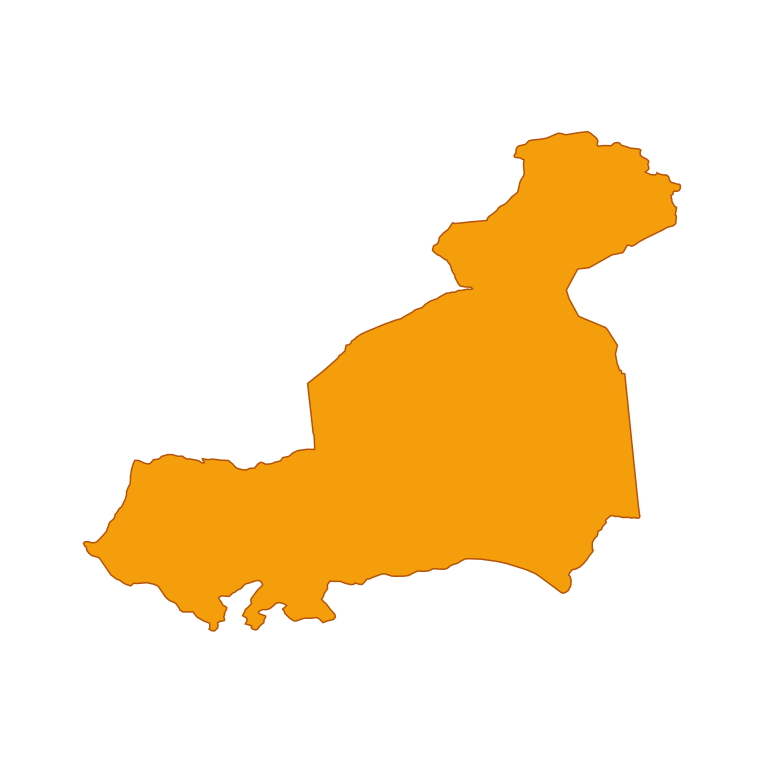 Samburu West, Rift Valley, Kenya (Natural Earth projection), rotated 264°
{"feature_id": "3690345B66699120795125", "entity_name": "Samburu West", "entity_type": "district", "adm_level": 2, "iso_a3": "KEN", "parent_name": "Kenya", "parent_adm1": "Rift Valley", "projection": "natural_earth1", "projection_center": [36.61, 1.09], "detail": "fine", "context": "isolated", "style": "filled", "palette": "amber", "viewbox_px": 768, "rotation_deg": 264, "n_neighbors": 0, "source": "geoboundaries", "source_scale": "gbopen_adm2", "svg_char_len": 6151}
<svg xmlns="http://www.w3.org/2000/svg" viewBox="0 0 768 768"><g transform="rotate(264 384 384)"><path d="M565.6,677.7L564.7,677.4L563.5,675.4L564.3,671.4L566.4,667.5L567.6,666.0L569.2,668.8L570.4,669.9L572.4,669.9L574.1,669.4L575.6,669.6L577.5,670.6L578.7,670.1L580.1,668.8L582.9,664.4L585.2,662.7L587.9,663.0L589.8,663.9L591.1,662.0L592.9,653.4L594.3,650.7L596.0,646.4L597.1,644.6L599.1,643.4L599.8,640.8L599.5,638.0L597.2,635.0L598.2,627.3L598.1,622.7L598.9,621.0L600.7,621.1L603.0,622.1L605.5,621.4L607.5,619.9L612.0,615.4L613.7,612.9L613.6,603.7L612.9,592.4L613.0,590.0L614.3,587.3L615.1,584.4L614.9,582.4L611.5,571.5L611.1,565.7L611.1,555.7L610.5,553.2L607.5,549.7L606.8,543.5L606.2,541.8L603.9,540.0L600.2,539.4L598.6,538.0L596.9,537.2L595.6,538.2L594.6,543.2L593.0,545.1L592.3,546.9L588.4,545.7L579.3,545.5L576.9,544.9L572.3,541.3L570.0,540.1L562.0,537.5L560.4,536.5L557.0,531.0L551.8,525.3L550.0,522.6L548.7,518.6L547.4,516.5L545.1,514.6L543.8,512.9L541.6,509.6L539.7,505.8L537.6,504.0L535.9,503.5L536.2,486.5L536.1,471.9L537.1,469.1L534.9,467.1L533.2,465.9L530.8,463.6L528.0,459.0L523.9,454.4L520.3,453.3L517.8,451.7L516.3,447.9L513.8,446.7L511.8,446.2L509.5,448.0L507.0,450.6L505.5,453.3L501.8,457.2L500.6,459.5L498.8,460.2L495.1,462.5L490.3,463.3L488.2,464.0L485.1,465.6L482.0,465.9L475.8,468.4L473.5,470.0L472.1,474.7L471.1,480.8L469.5,482.0L469.0,480.0L469.6,476.9L469.0,470.7L469.3,468.0L467.8,463.7L468.3,461.5L467.7,458.5L467.8,455.6L464.7,448.2L463.3,445.8L461.6,438.8L459.0,433.5L455.9,429.7L454.8,424.0L454.1,422.0L452.6,419.9L448.3,409.9L447.2,408.0L446.1,401.4L443.7,391.6L437.7,371.5L435.8,366.1L433.2,361.3L431.9,359.9L430.0,356.2L427.9,355.1L426.6,353.1L426.6,350.4L420.9,348.6L417.9,344.5L417.2,342.7L414.6,340.9L403.2,324.9L392.5,308.1L342.8,308.4L339.9,309.1L326.2,308.3L327.1,300.7L326.8,291.6L326.2,289.3L324.3,284.9L322.7,283.2L321.9,281.2L321.4,275.7L318.3,272.9L317.6,267.2L316.7,264.9L316.4,261.6L316.6,257.9L318.3,255.3L319.1,253.3L317.8,250.4L314.0,246.5L313.9,244.5L314.2,241.7L312.9,238.0L313.6,233.9L315.0,230.4L316.4,227.9L320.4,225.0L324.2,221.2L325.3,213.7L326.8,207.7L327.4,204.3L327.0,201.5L328.7,195.6L327.0,195.9L325.9,196.8L324.5,197.2L324.4,195.0L326.6,192.3L327.6,190.2L329.8,183.0L329.9,180.3L331.5,177.9L333.3,176.0L333.7,171.4L335.9,166.1L336.4,161.3L335.2,155.1L333.8,153.6L332.9,151.8L332.8,146.7L329.4,143.3L329.2,140.4L330.2,137.9L333.6,132.0L334.1,128.3L331.1,126.4L325.9,124.2L319.1,122.3L311.4,121.2L309.1,119.5L303.9,116.7L300.6,116.3L296.3,114.6L289.2,110.1L287.8,107.7L283.8,104.7L282.6,103.0L280.1,102.4L278.1,101.1L275.4,97.2L273.7,95.8L271.6,95.2L269.2,93.7L266.6,92.8L260.1,85.7L256.8,81.4L256.4,77.8L258.3,72.4L258.3,70.1L257.1,68.5L254.5,69.3L252.7,70.9L249.7,71.0L246.7,72.7L243.7,75.8L241.9,80.7L240.6,82.8L222.7,92.5L218.0,97.5L216.3,100.9L213.6,103.7L211.9,106.2L209.7,110.9L212.0,114.3L211.4,117.8L211.2,127.3L209.3,133.2L206.9,138.0L195.5,144.2L193.9,145.4L191.6,147.5L188.2,153.2L187.1,154.3L182.3,157.0L180.7,157.3L178.4,159.9L177.3,170.2L172.3,173.3L171.0,174.6L167.3,179.8L164.4,185.4L162.1,185.6L159.8,185.1L158.5,184.4L156.6,186.9L156.2,189.8L158.8,193.1L161.5,193.8L163.7,193.4L164.2,194.0L165.1,196.6L165.4,200.3L166.0,200.8L169.6,200.4L171.6,201.6L172.8,201.3L176.6,204.0L178.4,204.1L181.1,200.5L183.5,199.7L188.0,197.3L188.7,197.2L190.2,199.8L190.1,201.5L189.0,207.4L189.1,208.1L191.8,211.5L192.6,214.1L194.5,216.8L195.1,219.6L196.5,221.6L198.7,223.8L199.6,225.3L200.5,230.8L201.5,234.9L201.8,237.5L201.6,239.0L200.0,241.2L197.4,242.3L195.6,241.0L192.3,236.7L184.4,229.5L183.1,228.9L179.5,229.3L175.9,225.1L174.2,222.6L172.4,221.8L168.4,219.1L165.8,222.8L165.2,223.0L163.1,223.1L159.9,221.0L157.5,226.9L155.2,226.6L154.0,227.8L152.9,230.3L153.2,232.4L156.2,235.1L157.6,236.9L159.1,239.5L161.7,240.0L164.8,242.0L165.5,242.1L166.1,241.4L167.0,239.1L168.5,236.1L169.8,235.1L170.5,235.5L171.6,237.2L172.3,239.6L171.9,243.1L172.2,245.5L172.8,247.5L177.2,253.9L177.6,256.8L175.8,261.8L174.0,264.0L172.0,261.8L171.1,259.9L170.4,259.7L169.0,260.8L166.1,261.5L160.9,265.7L157.9,269.5L157.4,271.6L159.1,278.5L159.4,281.1L158.7,286.2L158.8,292.7L157.1,295.1L153.0,298.5L154.2,302.4L155.1,309.1L156.3,310.6L157.6,311.3L160.1,311.0L165.6,307.0L171.6,303.4L173.8,301.2L176.5,299.4L179.3,301.7L181.9,302.6L186.2,306.4L190.2,306.7L193.6,309.6L192.8,314.5L192.3,319.9L189.6,325.1L188.0,330.0L187.8,332.6L189.1,334.5L187.2,339.1L187.0,340.6L187.3,341.8L188.9,343.8L191.6,346.5L191.8,349.5L192.9,352.4L195.1,361.5L195.2,364.4L195.0,365.2L192.4,371.1L191.7,374.3L190.8,384.0L191.0,388.4L193.8,395.7L194.5,398.5L193.6,403.5L193.5,408.9L195.2,413.7L193.7,422.4L193.6,425.3L194.0,427.6L196.7,431.7L198.1,438.5L200.3,443.0L201.6,446.8L201.3,450.8L199.7,461.9L196.0,477.1L192.6,487.3L185.0,505.0L179.9,514.3L175.8,519.3L157.9,538.7L157.2,540.6L157.9,543.1L159.4,545.7L163.7,548.6L169.4,549.6L173.5,548.8L174.6,547.7L176.3,548.5L178.8,550.9L179.9,552.5L179.7,554.8L181.8,560.0L185.2,564.4L188.0,567.2L191.9,570.4L194.8,573.4L196.8,574.7L198.6,573.9L204.5,574.6L206.9,576.1L208.9,577.9L210.7,580.2L215.2,581.7L216.5,585.0L219.5,586.6L223.0,590.6L225.4,590.1L228.6,594.4L229.2,595.7L229.2,597.0L229.2,597.8L228.0,600.3L228.0,602.2L227.4,604.7L226.4,607.1L225.7,613.7L224.8,616.3L225.0,618.5L224.2,621.4L224.0,623.2L224.4,624.0L225.5,624.6L236.0,624.2L369.0,624.5L369.5,622.8L369.5,621.6L370.4,621.3L372.3,621.5L373.1,620.4L373.4,619.5L376.7,619.0L379.7,618.0L389.7,617.3L398.0,620.2L414.7,611.9L416.9,610.3L431.0,584.6L449.6,576.9L458.4,575.2L478.1,588.7L478.2,600.1L488.6,624.2L489.6,635.0L490.8,636.3L495.9,639.9L496.4,640.5L496.7,641.4L495.2,644.6L495.6,646.7L499.0,653.2L501.8,659.9L507.9,676.8L510.3,682.2L511.0,687.7L512.7,690.5L513.4,691.0L520.3,692.3L521.2,692.0L521.6,691.3L528.3,693.3L529.2,693.4L530.2,691.6L533.9,690.0L536.2,689.3L537.7,689.5L541.1,688.9L542.6,691.3L544.6,691.6L545.3,692.3L545.5,693.3L545.1,694.4L545.1,695.6L545.5,697.5L546.5,698.5L547.8,699.1L550.6,699.5L551.3,699.0L552.0,698.1L551.8,697.2L553.8,692.9L554.5,690.6L557.3,689.2L560.7,688.6L561.3,687.5L562.2,687.1L563.0,682.4L564.8,678.5L565.6,677.7Z" fill="#f59e0b" stroke="#b45309" stroke-width="1.5"/></g></svg>